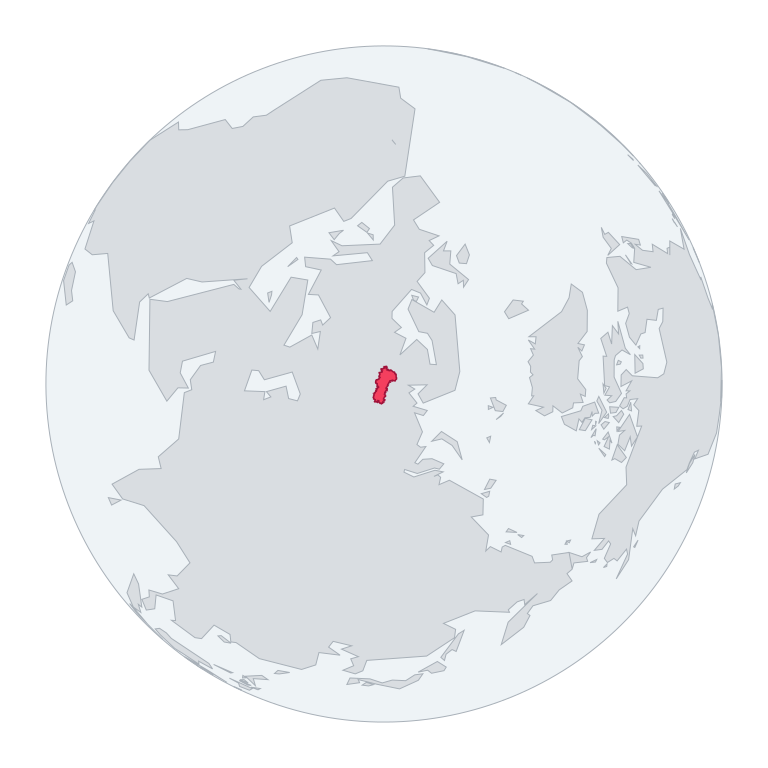 Vologda on an orthographic globe, rotated 114°
{"feature_id": "RUS-2359", "entity_name": "Vologda", "entity_type": "Region", "adm_level": 1, "iso_a3": "RUS", "parent_name": "Russia", "parent_adm1": "", "projection": "orthographic", "projection_center": [40.382, 60.042], "detail": "fine", "context": "on_globe", "style": "filled", "palette": "rose", "viewbox_px": 768, "rotation_deg": 114, "n_neighbors": 0, "source": "natural_earth", "source_scale": "10m", "svg_char_len": 16063}
<svg xmlns="http://www.w3.org/2000/svg" viewBox="0 0 768 768"><g transform="rotate(114 384 384)"><circle cx="384" cy="384" r="338" fill="#eef3f6" stroke="#a8b0b8"/><path d="M231.7,82.4L263.3,69.3L242.9,77.0L259.2,70.0L259.7,69.8L256.4,71.1L276.4,65.0L293.5,60.3L316.4,59.4L326.0,69.6L316.6,69.8L320.0,72.7L331.9,72.9L339.0,72.4L366.8,86.8L405.5,95.3L420.3,92.4L415.0,97.9L445.0,89.1L467.6,92.6L440.3,92.3L436.2,95.3L450.8,99.1L449.8,103.0L456.2,107.3L453.7,111.8L437.9,111.9L436.0,115.0L446.4,117.6L450.4,124.2L435.4,119.8L440.9,131.1L415.5,134.6L377.4,121.3L361.5,129.1L317.6,131.5L319.8,135.9L304.6,140.4L301.5,147.4L294.2,146.3L298.1,152.9L305.3,152.6L309.4,155.5L308.3,159.8L298.8,159.0L298.0,156.7L294.6,158.8L290.3,156.6L291.8,160.1L280.4,159.0L289.9,166.5L279.3,171.0L272.3,168.6L275.5,160.5L267.0,136.5L260.9,132.5L249.0,134.5L221.4,155.2L213.6,154.7L201.2,159.9L204.3,163.8L215.1,161.1L217.9,170.1L230.8,166.4L233.8,169.7L246.0,169.7L241.4,178.8L230.3,187.9L219.9,188.6L214.7,192.8L222.4,200.0L200.9,209.3L183.1,230.0L177.8,231.8L171.4,220.4L177.0,200.2L168.8,187.6L171.3,205.3L158.1,210.2L154.7,215.3L153.8,220.8L157.7,222.8L152.6,226.8L148.3,210.2L152.8,206.3L154.2,211.4L156.7,202.2L153.7,192.0L147.2,195.8L149.5,178.0L144.9,180.6L142.8,178.6L150.0,175.3L137.1,181.1L138.8,164.7L121.3,176.6L141.5,157.6L150.6,147.4L160.1,136.6L157.3,138.2L173.7,123.0L182.3,114.0L177.0,116.9L203.5,98.3L231.7,82.4ZM144.8,145.3L144.7,145.4L134.4,156.5L133.5,157.2L144.8,145.3ZM78.7,239.2L78.3,239.9L78.1,240.4L78.7,239.2ZM74.2,248.9L74.2,249.0L69.1,261.4L59.5,291.5L59.4,291.1L50.8,328.3L47.1,363.0L46.2,377.1L46.1,377.7L47.7,351.2L51.3,324.9L56.9,299.0L64.6,273.6L74.2,248.9ZM46.1,384.3L46.1,389.8L46.1,390.9L46.1,384.3ZM46.6,402.4L51.3,441.4L58.2,472.5L60.1,480.4L53.6,454.8L49.1,428.7L46.6,402.4ZM117.6,179.1L95.7,211.4L103.7,196.8L103.0,198.6L109.5,189.5L120.0,175.1L128.3,163.9L117.6,179.1ZM117.7,184.8L121.1,179.8L118.4,184.2L117.7,184.8ZM342.3,71.7L332.3,72.6L321.9,71.3L330.3,69.9L342.3,71.7ZM361.9,76.1L356.9,77.3L353.6,73.1L357.5,73.7L361.9,76.1ZM431.2,89.7L423.3,88.4L431.3,88.4L431.2,89.7ZM457.6,107.1L460.1,106.3L462.4,108.9L457.6,107.1ZM247.7,164.8L246.8,167.2L245.0,165.9L247.7,164.8ZM253.8,162.6L252.3,159.4L255.0,157.9L255.9,159.9L253.8,162.6ZM460.6,118.4L463.4,123.1L457.8,118.3L460.6,118.4ZM255.1,166.9L260.0,155.8L264.7,153.3L272.0,159.0L255.1,166.9ZM463.2,125.8L470.2,137.7L476.6,136.8L462.6,146.4L461.3,132.9L453.4,126.9L460.3,128.4L463.2,125.8ZM308.1,150.7L300.3,151.2L307.9,146.9L308.1,150.7ZM311.9,147.3L329.2,130.9L340.1,132.6L332.1,137.6L347.1,137.0L343.9,145.8L334.9,148.1L328.5,145.2L332.2,150.9L311.9,147.3ZM453.7,150.2L453.1,153.2L450.7,150.1L453.7,150.2ZM311.6,156.3L314.1,152.7L323.8,153.9L320.5,161.4L318.4,158.6L311.6,156.3ZM352.6,132.7L359.1,135.1L358.3,142.8L360.8,144.9L344.7,146.2L352.6,132.7ZM315.7,160.5L318.5,165.2L313.0,168.6L309.8,160.0L315.7,160.5ZM327.7,151.1L332.1,152.1L328.5,153.9L327.7,151.1ZM294.8,184.0L297.6,179.3L302.9,179.4L294.8,184.0ZM320.0,166.8L321.9,165.6L324.3,165.2L325.0,169.0L320.0,166.8ZM345.3,151.7L343.6,154.6L351.8,151.6L351.6,157.5L340.9,157.4L345.4,160.0L345.4,161.8L336.7,159.7L345.3,151.7ZM332.9,171.8L319.3,174.2L312.9,182.7L308.0,182.7L319.2,169.1L332.9,171.8ZM335.9,164.8L333.0,169.1L328.4,166.8L327.6,162.5L335.9,164.8ZM355.3,161.7L358.4,152.6L360.6,152.9L355.3,161.7ZM332.0,174.7L335.3,174.1L332.0,175.5L332.0,174.7ZM349.1,166.1L349.9,162.7L352.4,163.2L349.1,166.1ZM341.2,175.8L336.8,176.5L336.1,173.5L341.2,175.8ZM345.6,171.7L348.8,173.2L338.5,172.0L345.5,170.1L345.6,171.7ZM351.4,167.1L353.1,166.3L350.7,168.5L351.4,167.1ZM346.3,187.0L333.5,186.2L332.1,179.4L344.7,181.1L346.3,187.0ZM258.2,697.6L256.0,696.7L228.3,678.3L235.3,674.9L231.5,666.7L207.0,636.6L212.3,626.6L206.1,617.7L193.2,612.1L186.3,600.8L178.6,595.9L132.2,565.2L119.3,542.4L106.8,491.1L116.1,485.0L120.0,467.6L185.7,449.5L197.2,463.1L246.2,481.4L251.8,486.9L243.4,500.8L278.0,534.5L292.3,525.3L326.3,543.7L350.7,546.5L364.0,517.5L324.2,512.3L320.0,495.9L354.0,487.0L389.2,491.2L388.6,485.0L368.6,469.9L379.0,458.7L361.9,463.5L367.2,470.5L356.7,474.0L351.2,467.9L355.1,464.0L345.1,459.8L329.3,480.1L332.9,489.5L305.4,487.7L308.7,503.3L300.4,508.1L291.7,483.6L294.3,475.9L276.0,444.8L270.8,452.6L287.7,482.7L281.4,478.9L274.5,490.5L274.8,478.6L257.8,444.5L234.5,438.9L200.8,456.3L188.0,450.3L179.1,435.5L195.4,407.1L222.1,423.8L228.3,414.7L226.3,394.0L234.6,401.1L237.1,395.0L247.5,400.3L265.6,391.9L276.8,395.5L287.2,377.4L294.3,377.0L286.1,387.6L286.4,397.3L314.4,406.1L320.8,403.4L325.3,391.1L332.5,395.4L333.3,382.5L351.0,381.3L330.0,372.2L334.8,358.4L347.2,350.0L345.0,344.0L324.7,357.8L320.0,364.9L322.0,373.5L305.8,392.5L295.5,392.9L298.1,367.4L283.7,365.4L292.0,347.2L341.8,319.8L360.9,316.6L385.5,340.4L379.2,348.9L367.2,344.3L375.2,361.3L376.1,353.8L382.0,357.6L388.0,346.1L392.5,348.3L390.6,333.7L396.8,335.2L397.9,344.4L412.1,329.4L425.9,329.3L426.9,324.9L424.1,320.3L443.4,323.8L443.4,320.4L437.0,317.9L432.7,309.7L432.6,296.9L439.3,298.8L440.2,303.7L452.2,317.2L453.7,330.4L456.4,329.9L456.8,318.9L442.1,302.4L440.2,294.2L448.1,300.8L445.1,297.8L446.2,294.3L453.6,292.8L445.3,285.1L448.7,246.5L463.3,240.4L470.0,250.2L479.4,227.1L495.2,223.1L489.3,220.7L489.8,208.7L484.9,209.7L482.1,207.6L481.2,178.6L486.2,173.7L479.2,159.6L476.1,158.4L472.0,161.2L462.6,146.4L476.6,136.8L482.8,139.7L487.4,132.1L500.8,140.2L514.0,143.7L526.0,157.7L535.4,159.7L536.1,156.5L549.4,157.4L574.4,170.9L551.1,173.7L513.0,158.6L528.3,165.7L523.9,168.4L528.8,173.7L539.7,178.6L541.5,176.5L554.2,208.5L578.5,232.3L579.0,218.8L587.1,216.4L615.2,234.4L643.5,287.3L654.6,286.7L660.5,292.4L662.2,305.1L653.7,297.1L648.6,302.6L643.5,296.5L643.5,315.0L636.3,307.0L639.8,325.8L646.9,327.6L649.6,313.8L655.8,334.2L668.4,332.1L678.3,343.2L685.6,386.2L680.4,413.9L681.9,419.0L675.4,422.8L673.4,441.2L690.8,447.1L692.6,453.5L686.3,482.1L684.9,478.2L667.9,488.5L669.4,506.4L682.6,502.0L687.2,509.2L679.2,517.6L673.9,511.8L667.8,515.0L666.0,501.0L654.5,488.3L646.1,503.5L643.5,494.9L626.3,488.5L612.4,509.4L592.7,553.7L595.3,576.0L586.1,591.7L561.6,573.1L551.9,553.2L542.3,560.6L517.7,549.2L473.1,562.9L467.4,557.3L458.9,562.7L441.7,559.1L433.4,548.8L422.7,551.1L445.1,577.4L456.7,574.7L467.3,561.1L471.3,570.7L488.0,575.4L467.0,604.3L401.8,632.3L396.8,615.4L354.1,561.7L356.1,555.3L356.0,554.6L355.6,553.2L350.3,563.4L343.4,551.5L364.8,591.7L367.8,607.2L400.9,633.4L397.5,636.1L408.5,640.6L445.5,630.2L445.5,635.6L427.2,661.2L377.1,689.5L384.6,703.1L382.3,712.1L353.0,715.3L357.5,719.2L342.6,718.6L343.0,719.3L337.9,718.8L310.8,713.9L284.1,706.8L258.2,697.6ZM160.4,470.7L158.0,475.6L157.9,475.6L160.4,470.7ZM425.0,510.4L447.0,508.7L439.4,489.7L447.3,487.6L441.8,482.1L438.8,488.3L425.8,472.6L436.1,465.2L434.6,456.2L427.2,456.4L410.4,472.7L428.8,495.0L422.8,503.9L425.0,510.4ZM59.4,292.4L57.8,297.8L59.0,292.9L59.4,292.4ZM102.6,197.6L99.0,203.4L96.4,207.5L98.7,203.5L102.6,197.6ZM78.4,247.0L75.4,254.7L77.5,247.9L78.4,247.0ZM92.8,216.4L80.7,241.2L84.9,229.4L92.9,214.2L88.7,222.9L92.8,216.4ZM114.7,185.6L112.0,189.5L111.2,189.6L114.7,185.6ZM115.7,188.1L116.4,186.8L118.7,184.2L115.7,188.1ZM158.4,211.2L158.6,212.6L156.6,218.4L155.4,216.0L158.4,211.2ZM160.8,243.5L152.5,249.2L157.5,243.2L154.2,240.7L160.8,225.4L175.5,231.9L167.7,231.5L160.8,243.5ZM173.6,207.5L167.8,216.0L173.5,206.5L173.6,207.5ZM240.5,357.6L242.9,364.4L237.2,370.0L223.2,366.8L231.3,358.5L240.5,357.6ZM247.7,372.7L254.2,349.2L263.2,350.7L257.0,353.7L262.3,357.1L253.8,363.0L256.1,388.0L251.2,394.8L227.9,384.4L238.2,383.8L235.2,377.1L247.7,372.7ZM254.9,290.9L257.8,282.0L273.6,296.6L269.0,303.3L254.7,300.2L251.7,290.4L254.9,290.9ZM267.1,179.6L267.2,176.2L269.8,176.3L271.9,179.3L267.1,179.6ZM295.7,181.8L269.4,195.2L268.2,191.8L254.2,204.5L245.6,200.5L254.9,192.3L237.8,199.1L242.8,190.1L231.6,195.9L253.2,178.1L257.0,170.8L256.1,180.4L263.9,184.1L268.4,183.5L284.1,176.6L296.0,163.2L305.7,165.2L309.4,170.2L307.9,173.7L302.1,171.2L304.4,177.7L294.9,176.8L295.7,181.8ZM346.5,234.5L340.3,228.9L343.4,244.1L333.9,242.4L334.8,244.3L326.9,247.0L318.9,253.7L315.0,251.6L313.5,255.1L308.2,257.2L305.0,261.5L296.8,259.3L292.1,264.5L290.9,260.5L285.1,270.1L285.8,262.1L279.0,264.3L281.9,270.9L245.7,251.2L230.0,250.0L216.5,253.6L219.5,240.0L234.0,228.2L253.4,219.8L268.1,223.3L266.7,216.8L273.4,216.7L271.6,221.9L278.3,213.9L283.3,215.2L300.5,209.2L307.0,197.4L313.5,195.1L313.4,200.5L319.9,194.6L324.2,203.2L329.0,201.9L338.0,209.4L335.2,220.8L340.7,218.5L347.8,224.4L346.5,234.5ZM348.6,189.3L347.4,202.8L341.6,208.7L328.4,193.3L323.5,193.3L314.8,184.2L323.3,176.0L325.0,179.3L328.7,180.7L324.5,182.7L330.6,182.1L333.1,186.7L338.5,187.6L336.6,191.7L348.6,189.3ZM260.0,483.5L264.7,486.1L272.4,488.2L268.2,495.8L260.0,483.5ZM247.9,460.5L252.4,461.3L250.2,472.5L245.4,470.0L247.9,460.5ZM256.8,452.4L252.8,460.5L252.1,454.6L256.8,452.4ZM290.5,387.8L295.5,388.0L295.3,391.2L291.7,394.7L290.5,387.8ZM353.5,281.1L350.9,276.5L352.9,275.1L353.7,263.6L360.8,264.2L363.1,271.5L353.5,281.1ZM356.2,522.2L348.2,527.3L344.9,524.1L348.3,523.0L356.2,522.2ZM305.2,513.3L316.0,519.7L304.0,515.3L305.2,513.3ZM361.4,279.9L361.0,274.9L364.8,278.3L361.4,279.9ZM366.1,264.2L370.9,267.1L361.8,263.0L366.1,264.2ZM441.1,706.4L419.8,718.8L403.5,720.1L399.7,718.4L407.0,711.5L425.7,707.5L434.6,702.2L441.1,706.4ZM707.3,482.4L694.2,516.0L688.0,527.1L690.3,521.3L700.3,500.7L707.3,482.2L707.3,482.4ZM689.7,522.3L679.2,533.9L659.2,535.4L666.5,526.9L686.3,514.5L685.2,518.8L691.6,513.2L689.7,522.3ZM712.0,458.3L710.7,467.6L704.2,486.1L700.8,493.4L698.5,489.7L699.9,481.6L702.9,474.8L710.5,430.3L714.0,424.7L712.6,440.6L715.2,439.1L712.0,458.3ZM597.0,577.0L605.4,583.6L599.9,589.6L597.0,577.0ZM710.4,406.5L709.5,425.6L709.3,404.9L710.4,406.5ZM708.4,390.3L710.1,393.7L707.6,394.4L708.4,390.3ZM684.7,425.0L681.7,433.2L680.1,430.4L683.0,418.3L684.7,425.0ZM685.9,352.8L691.5,361.8L693.0,366.3L688.8,364.4L685.9,352.8ZM421.5,281.7L412.4,296.8L410.6,308.8L416.9,317.1L404.0,312.2L406.9,293.7L421.5,281.7ZM444.6,250.5L439.0,243.8L443.9,242.7L445.9,244.1L444.6,250.5ZM439.5,249.3L427.9,248.7L426.4,242.4L435.8,244.1L439.5,249.3ZM394.6,263.9L391.4,268.2L388.3,265.3L394.6,263.9ZM717.3,439.8L717.0,439.6L715.3,450.6L714.2,455.5L714.6,451.1L716.2,437.2L717.2,428.4L720.5,406.0L716.6,435.1L717.2,436.2L719.4,421.7L717.7,434.7L718.1,434.5L717.3,439.8ZM721.6,398.3L721.4,396.3L721.4,390.1L721.7,389.3L721.6,398.3ZM719.0,392.9L716.4,395.2L715.6,405.6L715.8,380.4L718.5,382.4L719.0,392.9ZM714.4,386.0L713.8,395.7L713.4,382.7L714.4,386.0ZM712.8,395.4L711.0,391.6L712.4,386.4L712.8,395.4ZM715.1,382.3L712.5,373.1L714.6,374.7L715.1,382.3ZM706.3,383.6L711.9,378.8L707.3,391.7L699.9,377.1L701.3,369.8L706.3,383.6ZM668.0,281.5L663.7,278.7L662.9,271.3L666.1,275.3L668.0,281.5ZM656.2,245.8L661.2,268.5L664.5,287.4L666.8,284.8L673.6,295.7L666.4,295.5L659.1,276.9L657.8,264.0L651.1,256.0L646.2,243.5L637.2,237.6L632.9,230.6L640.7,232.1L656.2,245.8ZM633.3,235.6L615.8,222.4L617.3,212.0L621.5,212.6L628.9,222.9L627.7,227.7L633.3,235.6ZM612.0,216.3L610.6,220.9L582.0,214.4L576.4,210.6L599.0,209.3L598.9,213.8L605.6,217.4L612.0,216.3ZM456.8,153.5L453.4,153.3L455.9,151.4L456.8,153.5ZM479.4,208.5L476.0,205.4L479.0,203.1L479.4,208.5ZM468.3,195.8L467.2,200.6L465.6,194.7L468.3,195.8ZM465.4,211.5L465.5,202.1L469.4,212.3L465.4,211.5Z" fill="#d9dde1" stroke="#a8b0b8" stroke-width="1"/><path d="M376.7,375.1L376.8,375.4L376.7,375.7L376.8,376.0L376.8,376.5L377.0,376.7L377.1,376.9L377.2,377.0L377.1,377.4L377.3,377.4L377.5,377.3L377.7,377.5L377.6,377.8L377.8,378.1L377.7,378.4L377.8,378.7L378.1,378.8L378.2,378.5L378.4,379.0L378.4,379.4L378.8,379.5L379.0,379.9L379.0,380.0L379.5,380.0L379.6,379.7L379.8,379.6L379.9,379.4L380.1,379.9L380.5,380.2L380.6,380.4L380.6,380.2L380.8,380.1L381.0,380.2L381.9,379.8L382.0,379.9L382.6,380.4L382.8,380.4L383.0,380.2L383.4,380.3L383.5,380.1L383.9,380.1L384.0,379.9L384.0,379.7L384.3,379.8L384.5,380.0L384.8,379.8L385.0,379.8L385.0,379.6L385.1,379.9L385.2,380.0L386.0,380.4L386.4,380.4L386.5,380.3L386.8,380.4L386.8,380.1L387.0,379.6L386.9,379.2L387.3,378.9L387.6,379.0L387.8,379.3L387.9,379.1L388.1,378.9L388.4,378.9L388.5,378.8L388.5,379.0L388.4,379.1L388.5,379.3L389.8,379.6L390.0,379.5L390.3,379.4L390.3,379.2L390.5,379.0L391.0,379.1L391.2,379.3L391.3,379.5L391.4,379.4L391.5,379.6L391.5,379.8L391.7,379.7L392.0,379.3L393.0,379.5L393.0,379.4L393.0,379.0L393.6,378.7L393.7,378.4L393.7,378.0L393.9,377.9L394.0,377.9L394.4,377.7L394.5,377.6L394.8,377.6L394.8,378.1L395.7,378.3L397.9,378.4L398.1,376.7L399.3,376.7L399.4,376.8L399.3,377.4L399.7,377.6L400.9,377.8L400.9,377.7L401.2,377.5L401.2,377.4L401.4,377.3L401.4,377.2L401.7,377.5L402.2,377.6L402.2,378.0L402.3,378.1L402.7,378.1L402.8,378.3L403.1,378.3L403.1,379.1L403.0,379.4L403.2,379.5L403.3,379.8L403.0,380.0L402.8,380.3L402.8,380.5L402.7,381.0L402.8,381.1L402.7,381.3L402.6,381.8L402.3,381.8L401.9,381.9L401.6,381.8L401.4,382.0L401.5,382.2L401.6,382.6L401.6,382.8L401.8,382.8L402.0,382.8L402.3,383.0L402.4,382.9L402.5,383.0L402.7,382.9L402.9,382.9L403.1,382.6L403.5,382.6L403.3,384.2L403.4,384.5L403.5,384.6L403.9,384.7L404.0,384.8L404.1,385.0L404.0,385.5L403.3,385.5L403.1,385.5L401.9,385.6L401.9,386.4L401.9,386.7L401.9,387.3L401.4,387.4L401.3,387.6L401.0,387.6L400.8,388.0L400.8,388.3L400.7,388.4L400.2,388.4L399.9,388.4L399.5,388.4L399.4,388.5L399.3,388.4L399.0,388.4L398.9,388.6L398.2,388.6L398.0,388.9L397.9,388.9L396.1,388.9L395.9,389.0L395.8,388.8L395.5,388.8L395.4,388.5L394.7,388.6L394.4,388.5L394.2,388.5L394.1,388.4L393.9,388.5L393.7,388.8L393.4,388.8L393.5,388.5L393.4,388.4L393.4,388.2L392.9,388.4L393.0,388.6L392.9,388.7L392.3,388.4L392.2,388.3L392.1,388.5L392.0,388.8L391.6,388.9L391.5,389.1L391.4,389.0L391.1,388.7L390.9,388.7L390.9,388.4L390.7,388.2L389.9,388.3L389.8,388.5L389.7,388.5L389.4,388.2L389.4,387.7L389.0,387.6L388.9,387.8L388.9,388.2L388.7,388.4L388.8,388.5L389.1,388.6L389.1,389.1L389.0,389.4L388.7,389.4L388.5,389.6L388.4,389.6L388.1,389.4L388.0,389.6L387.5,389.9L387.4,390.0L386.9,390.4L386.7,390.2L386.4,390.4L386.4,390.5L386.6,390.7L386.6,390.9L386.4,391.0L386.3,391.3L386.6,391.7L386.1,392.2L386.0,392.3L385.7,392.5L384.9,392.6L384.7,392.5L384.3,392.8L383.8,392.8L383.7,392.8L383.3,392.7L383.1,392.5L383.1,392.1L382.9,392.0L382.8,391.8L382.7,391.6L382.3,391.5L382.2,391.2L381.9,391.0L381.6,390.7L381.4,390.9L380.9,390.7L380.5,390.6L380.1,390.4L379.9,390.5L379.6,390.4L379.6,390.5L379.5,390.8L379.8,391.0L379.5,391.3L379.5,391.5L379.3,391.6L379.2,391.5L378.8,391.6L378.7,391.4L378.4,391.4L378.3,391.6L378.2,391.8L376.9,391.6L376.7,391.7L376.5,392.1L376.4,392.3L376.1,392.1L375.8,392.2L375.7,392.8L375.5,393.0L375.3,392.7L375.1,392.4L374.8,392.1L374.2,391.3L374.2,390.9L374.1,390.7L373.9,390.7L373.7,390.9L373.2,390.8L373.0,391.0L373.1,391.3L372.9,391.5L372.8,391.4L372.8,391.6L372.6,391.7L372.5,391.9L372.4,392.1L372.1,392.2L372.1,392.3L372.1,392.5L371.5,392.7L371.4,392.5L371.2,392.6L371.1,392.3L371.3,392.1L371.2,392.0L371.0,391.8L371.0,391.5L370.6,391.3L370.5,391.2L370.0,391.1L369.9,391.0L370.1,390.9L369.8,390.6L369.7,390.7L369.4,390.6L368.8,390.5L368.5,390.7L368.4,390.9L368.2,390.7L368.3,390.5L368.0,390.6L368.0,390.2L368.2,389.9L367.8,390.0L367.7,389.9L367.5,389.7L367.2,389.5L367.3,389.2L367.1,389.2L366.9,389.0L366.9,388.8L367.1,388.8L367.2,388.6L367.5,388.0L367.9,388.0L368.3,388.0L368.5,387.8L369.0,387.8L369.0,387.7L368.8,387.7L369.1,387.4L369.2,387.2L369.0,386.8L368.8,386.7L369.4,386.7L369.2,386.5L369.4,386.4L369.5,385.8L369.7,386.0L369.9,385.8L369.9,385.6L369.4,385.5L369.2,385.4L369.2,384.9L369.2,384.4L369.3,384.3L369.5,384.2L369.4,383.9L368.8,383.7L368.7,383.6L368.4,383.5L368.4,383.4L368.7,383.2L368.6,382.8L368.7,382.1L369.0,381.7L369.1,381.0L369.2,380.2L369.2,379.8L369.1,379.6L369.1,379.4L368.9,379.2L369.2,378.8L369.4,378.7L369.8,378.6L370.1,378.3L370.0,378.1L370.0,377.9L370.4,377.5L370.5,377.3L370.7,377.1L370.4,376.8L373.0,375.6L373.3,374.9L373.5,374.8L374.1,374.9L374.5,374.6L375.0,374.9L375.2,375.0L375.3,375.0L376.7,375.1ZM377.5,378.2L377.4,378.0L377.3,377.9L377.3,378.0L377.5,378.2ZM396.4,388.8L396.4,388.7L396.2,388.5L396.4,388.8Z" fill="#f43f5e" stroke="#9f1239" stroke-width="1.5"/></g></svg>